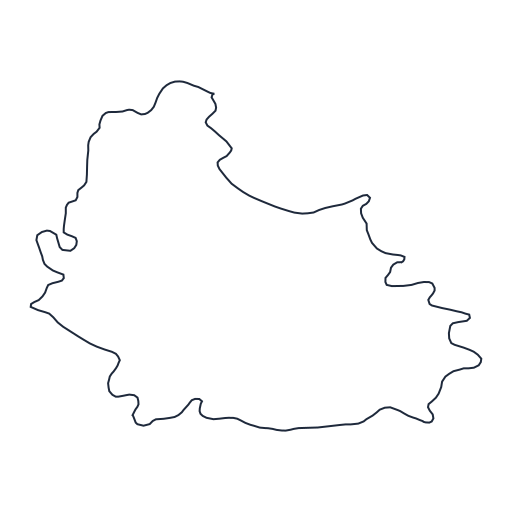 outline of Cherykaw, Mogilev, Belarus
{"feature_id": "67162791B83279044546130", "entity_name": "Cherykaw", "entity_type": "district", "adm_level": 2, "iso_a3": "BLR", "parent_name": "Belarus", "parent_adm1": "Mogilev", "projection": "equal_earth", "projection_center": [31.375, 53.616], "detail": "fine", "context": "isolated", "style": "outline", "palette": "slate", "viewbox_px": 512, "rotation_deg": 0, "n_neighbors": 0, "source": "geoboundaries", "source_scale": "gbopen_adm2", "svg_char_len": 4240}
<svg xmlns="http://www.w3.org/2000/svg" viewBox="0 0 512 512"><path d="M423.4,421.8L425.6,422.4L429.3,422.6L431.7,421.5L433.4,418.4L432.7,414.4L429.8,410.7L428.0,407.2L428.6,404.1L431.7,401.6L435.9,397.7L438.6,393.7L441.2,387.1L442.1,381.6L445.4,376.6L449.2,373.8L453.5,371.2L459.7,369.6L463.8,368.3L468.7,368.3L473.9,367.7L478.7,365.3L480.8,362.1L481.3,358.7L477.8,354.7L473.7,351.7L469.5,349.8L463.6,347.6L454.6,344.8L451.3,343.1L449.2,338.4L448.9,333.1L450.3,325.9L452.8,323.3L458.2,322.1L466.8,320.8L469.9,317.9L469.2,314.6L465.3,313.6L461.6,312.3L456.8,311.3L450.2,309.7L446.8,309.0L442.3,308.1L431.9,305.5L429.6,304.0L428.3,299.9L429.8,297.3L431.5,295.4L433.0,293.5L434.6,290.5L434.6,287.9L432.3,283.5L429.1,282.1L423.9,282.0L417.9,283.0L411.6,284.9L403.5,285.9L391.9,286.1L386.7,284.9L385.4,282.0L385.5,277.9L387.9,275.1L390.1,272.1L391.0,267.7L393.3,264.6L397.2,262.3L401.4,262.2L401.5,262.3L403.1,261.3L404.3,259.3L404.5,256.9L400.7,255.4L397.9,255.0L392.9,254.5L385.5,253.1L381.3,251.2L376.9,248.5L372.0,242.9L370.3,239.4L368.4,234.2L366.8,230.2L366.6,223.6L362.8,217.8L361.1,213.3L360.9,208.7L362.8,205.8L366.3,203.9L368.8,201.3L370.0,197.8L367.1,195.0L363.0,195.5L355.5,198.8L352.6,200.4L344.8,203.6L341.9,204.5L332.6,206.3L325.2,208.0L319.1,210.0L313.6,212.5L307.6,213.3L302.2,213.6L294.4,212.6L288.7,211.0L281.0,208.6L274.9,206.5L268.2,203.8L261.8,201.2L253.8,197.8L249.2,195.6L243.1,192.0L237.8,188.3L231.6,183.7L226.2,177.6L222.8,173.3L219.5,169.1L217.8,165.6L217.6,162.4L219.8,159.8L223.3,157.8L226.6,156.1L229.8,152.5L231.2,150.5L231.7,148.3L230.0,146.1L226.4,141.4L219.0,135.2L215.2,131.7L211.2,128.3L207.4,125.6L205.7,122.3L206.6,119.5L209.1,116.7L212.4,113.8L215.5,110.7L216.1,107.6L215.4,103.9L213.1,99.9L211.6,97.4L212.4,94.6L214.3,93.6L213.3,93.6L210.2,92.9L207.9,91.8L203.1,89.4L198.3,87.0L193.8,85.7L187.4,83.0L183.3,81.8L181.9,81.6L179.5,81.4L175.0,81.6L170.4,83.0L166.6,85.2L162.9,88.4L159.3,93.8L157.2,97.9L155.5,102.7L153.8,106.8L151.2,110.1L147.7,112.8L145.0,114.0L141.2,114.4L137.6,112.9L132.7,110.1L129.1,109.7L126.9,110.1L122.5,111.5L116.0,112.0L111.9,112.0L108.4,112.1L105.8,113.0L102.5,115.8L100.5,120.5L99.4,124.4L99.6,127.8L96.6,131.7L93.7,133.9L90.6,137.2L88.7,141.8L88.2,145.2L88.3,150.5L87.3,159.9L87.1,166.1L86.9,174.7L86.4,181.9L84.1,185.4L81.5,187.6L78.3,190.1L77.4,192.9L77.4,197.0L75.7,200.3L71.9,201.6L68.6,202.7L68.2,203.3L67.0,204.8L65.8,207.6L65.8,213.3L65.1,217.9L64.6,221.3L64.0,225.6L63.7,229.1L63.7,232.4L67.3,234.6L71.8,236.2L75.6,237.9L76.8,241.2L76.3,244.9L74.2,248.2L70.4,250.8L62.4,249.9L59.7,247.1L58.0,241.3L57.1,238.3L56.3,234.7L50.0,231.0L46.9,230.6L41.9,232.0L37.3,235.2L36.4,240.1L37.6,243.5L39.1,247.6L40.8,252.6L42.2,256.3L42.9,259.9L44.5,263.9L47.2,266.6L52.9,270.5L57.2,272.3L63.4,274.6L63.8,278.1L61.9,280.6L58.2,281.8L52.5,283.2L48.2,285.0L46.8,287.9L45.1,292.6L42.5,296.4L38.7,300.1L34.4,302.0L31.1,304.0L30.7,306.9L38.0,310.1L45.2,312.2L49.2,313.6L53.3,317.3L57.7,322.4L63.2,326.8L70.4,331.4L77.9,336.2L84.1,340.0L89.8,343.4L96.7,346.6L104.6,349.5L111.9,351.8L115.9,353.8L118.1,356.5L119.8,360.2L118.6,362.8L117.6,365.5L116.0,368.2L113.6,371.5L111.7,373.6L109.8,376.5L109.1,379.5L108.1,383.2L108.6,387.6L109.3,391.2L112.4,394.8L115.8,396.7L118.1,396.7L123.6,395.7L126.0,395.2L129.3,394.6L134.2,395.2L137.5,397.6L138.3,401.0L138.5,404.3L137.4,406.8L135.5,409.4L134.3,411.7L132.6,415.1L132.8,415.2L133.8,417.6L135.7,422.6L137.4,424.2L143.5,425.7L149.7,424.1L152.7,421.0L155.9,419.3L163.6,418.8L169.8,417.9L174.6,417.0L178.4,415.1L181.8,412.3L183.6,409.9L188.4,404.6L189.8,402.6L191.8,400.2L195.1,398.9L199.3,399.0L202.0,401.3L200.8,403.7L199.8,408.3L199.6,411.1L200.5,413.8L202.7,415.9L206.5,417.8L213.5,419.2L219.4,418.7L225.2,418.0L228.6,417.8L233.4,417.9L237.2,418.7L240.7,420.4L245.4,422.9L250.4,424.8L253.7,425.7L259.8,427.6L265.4,428.1L267.9,428.2L272.6,428.9L276.6,429.9L281.7,430.5L285.7,430.6L290.7,429.7L293.7,428.9L298.6,428.1L308.1,427.8L317.8,427.5L331.0,426.0L339.7,425.0L345.6,424.4L350.7,424.4L358.3,423.6L363.7,421.4L366.4,419.2L372.6,415.6L376.7,412.4L379.7,409.7L384.8,407.7L390.2,407.3L397.8,410.1L400.2,411.1L404.0,413.4L408.3,415.8L413.2,417.6L415.9,418.4L419.7,420.0L422.9,421.2L423.4,421.8Z" fill="none" stroke="#1e293b" stroke-width="2"/></svg>